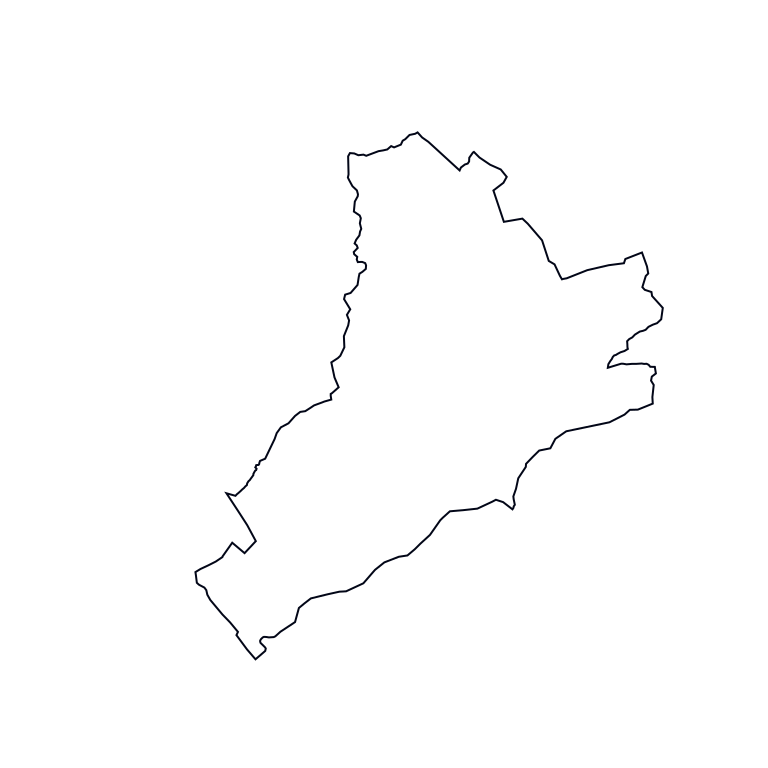 Kurfi, Katsina, Nigeria, rotated 228°
{"feature_id": "59680162B7192144408722", "entity_name": "Kurfi", "entity_type": "district", "adm_level": 2, "iso_a3": "NGA", "parent_name": "Nigeria", "parent_adm1": "Katsina", "projection": "robinson", "projection_center": [7.483, 12.688], "detail": "fine", "context": "isolated", "style": "outline", "palette": "ink", "viewbox_px": 768, "rotation_deg": 228, "n_neighbors": 0, "source": "geoboundaries", "source_scale": "gbopen_adm2", "svg_char_len": 3526}
<svg xmlns="http://www.w3.org/2000/svg" viewBox="0 0 768 768"><g transform="rotate(228 384 384)"><path d="M265.4,104.3L265.1,117.1L266.5,119.1L267.7,119.4L269.9,119.3L271.7,119.2L274.1,119.0L275.3,119.5L276.2,120.3L276.7,121.9L276.8,124.4L276.4,125.6L274.7,127.3L272.7,128.9L269.7,132.7L269.2,134.4L269.2,141.3L266.6,158.6L274.5,170.9L274.2,178.0L273.6,186.2L265.5,201.3L259.5,211.9L255.3,217.1L249.7,235.3L251.5,249.7L251.9,253.0L251.2,264.9L245.7,279.4L240.9,286.7L240.6,296.2L241.0,304.2L241.1,317.2L245.1,334.6L245.3,338.2L245.3,347.8L237.2,358.5L228.9,370.0L224.1,385.7L223.1,389.7L216.5,393.5L204.9,395.6L205.3,397.2L206.3,398.6L206.7,400.4L211.5,403.2L213.9,404.9L217.8,412.0L224.1,420.7L227.5,433.9L229.6,436.1L230.3,445.9L230.7,454.8L224.9,464.6L228.6,474.7L226.9,487.8L204.7,525.9L200.3,542.3L200.3,549.4L195.1,555.5L192.2,563.4L189.6,570.6L194.7,574.7L202.8,583.8L207.8,584.7L210.3,588.0L209.9,593.1L215.5,596.7L217.2,594.9L218.6,593.4L221.2,593.5L223.3,592.7L224.9,590.7L226.8,589.2L230.2,584.9L233.0,581.8L236.3,577.4L239.0,575.3L239.9,574.4L240.5,573.6L246.3,561.2L248.6,564.0L249.6,567.4L250.1,570.0L251.0,572.1L251.2,574.2L250.4,575.8L250.1,577.7L249.3,581.0L247.6,584.8L246.9,588.7L248.4,589.5L250.9,591.6L253.1,593.3L253.3,596.3L252.5,599.7L252.8,603.5L251.8,609.2L250.2,612.1L249.2,614.7L249.5,618.8L248.2,623.5L246.5,627.6L246.6,633.3L254.0,642.1L270.0,642.1L273.4,644.3L279.5,640.8L283.1,640.8L289.1,650.8L289.3,654.3L295.4,658.1L309.1,663.7L315.4,647.0L313.2,643.1L321.9,630.5L332.6,611.2L340.3,590.5L342.1,587.6L342.7,586.3L346.6,587.1L358.8,590.8L365.2,588.8L385.0,597.6L407.0,598.1L414.3,597.5L424.3,581.6L454.6,594.8L453.6,607.4L455.8,613.8L465.3,614.3L475.9,609.6L488.4,606.5L496.3,606.1L496.5,605.0L495.1,598.8L492.4,596.1L491.8,593.7L493.0,591.0L493.4,586.0L492.1,583.1L524.2,580.0L534.3,579.0L541.7,577.3L548.5,577.3L549.1,574.6L552.0,569.6L551.7,563.6L552.3,560.7L550.6,556.7L553.1,549.8L556.0,548.5L556.1,543.4L558.1,539.8L560.7,535.7L565.5,523.5L568.2,522.2L571.2,518.0L575.2,516.2L578.4,513.2L577.2,509.7L564.4,498.7L563.3,497.7L561.6,495.3L559.5,494.7L559.2,494.6L553.8,493.3L552.0,492.9L546.0,493.4L542.4,491.6L541.1,490.1L539.1,484.4L532.3,477.0L525.5,478.7L522.7,477.7L519.6,473.6L514.5,470.9L513.3,468.2L510.9,465.2L509.8,459.8L508.1,456.2L505.2,456.5L502.7,455.5L502.3,449.8L500.4,448.7L496.4,449.2L494.8,447.1L492.1,446.1L491.1,447.4L489.3,449.5L486.4,450.9L484.8,450.3L484.2,450.1L481.7,447.5L481.8,443.0L482.4,439.6L480.3,436.7L475.3,430.6L474.0,420.1L476.4,414.9L473.8,411.1L462.1,408.9L460.2,402.7L454.6,400.6L451.5,396.6L446.4,386.2L437.8,379.1L434.2,370.4L434.1,367.1L435.3,359.3L422.0,351.6L411.9,348.1L412.0,339.0L412.3,337.8L410.9,336.5L407.7,334.4L410.9,327.9L411.7,325.7L414.9,317.7L415.5,313.4L416.5,307.3L419.3,303.1L419.8,296.5L418.7,286.7L420.8,278.4L419.3,271.4L416.3,265.9L408.0,245.7L409.8,240.4L409.0,238.9L408.0,237.6L407.8,236.6L408.8,235.4L409.2,234.7L408.5,233.7L408.2,232.6L406.3,232.6L405.6,231.4L405.8,230.4L405.5,229.3L404.6,226.8L403.7,225.9L403.2,223.6L402.8,221.6L402.4,220.0L402.4,218.1L401.7,215.8L400.6,214.4L400.7,212.6L400.4,210.3L400.5,208.2L400.4,205.9L400.4,202.9L400.5,200.9L400.3,198.8L408.2,193.8L387.3,190.6L370.6,187.9L353.0,183.6L351.6,167.2L367.6,165.0L363.9,148.7L363.5,148.1L364.6,140.2L366.8,132.1L369.3,123.9L370.4,118.0L367.8,116.3L361.5,111.9L358.6,112.2L352.9,114.3L349.7,114.0L345.6,111.7L339.7,110.4L320.7,109.7L309.8,110.1L297.5,109.6L296.1,106.3L278.4,104.6L265.4,104.3Z" fill="none" stroke="#020617" stroke-width="2"/></g></svg>